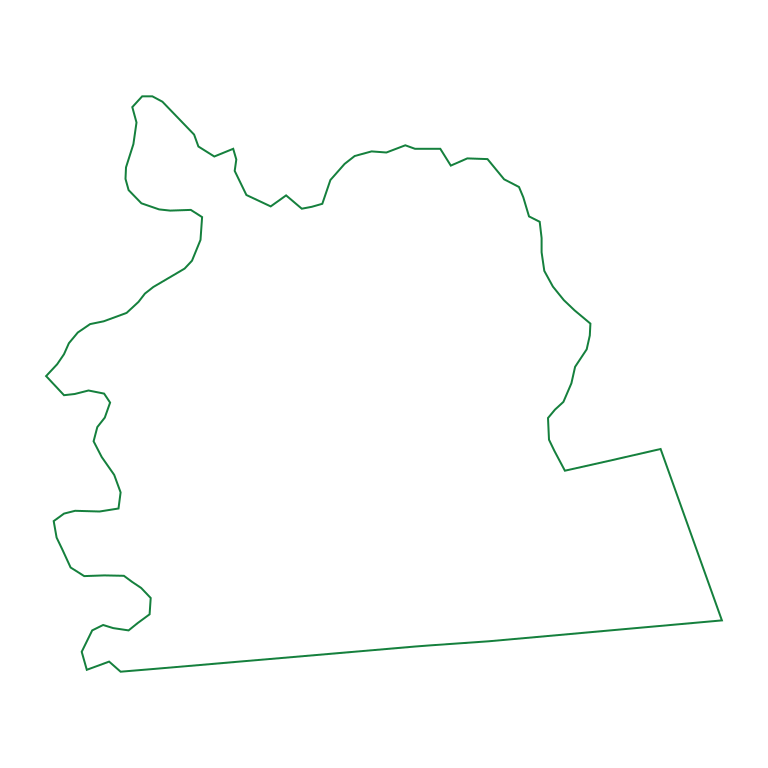 Santarém Novo, Pará, Brazil (Robinson projection)
{"feature_id": "56859067B39326540925346", "entity_name": "Santarém Novo", "entity_type": "district", "adm_level": 2, "iso_a3": "BRA", "parent_name": "Brazil", "parent_adm1": "Pará", "projection": "robinson", "projection_center": [-47.361, -0.902], "detail": "fine", "context": "isolated", "style": "outline", "palette": "green", "viewbox_px": 768, "rotation_deg": 0, "n_neighbors": 0, "source": "geoboundaries", "source_scale": "gbopen_adm2", "svg_char_len": 1495}
<svg xmlns="http://www.w3.org/2000/svg" viewBox="0 0 768 768"><path d="M120.6,671.7L154.4,668.9L415.4,646.5L431.2,645.3L488.5,641.3L721.9,620.4L660.6,449.0L612.6,460.0L564.9,470.7L554.4,450.9L549.0,439.7L548.0,418.0L555.0,409.6L563.4,401.9L571.4,383.3L575.1,366.8L586.7,349.3L589.8,335.5L590.4,323.6L574.5,310.3L563.8,300.1L552.9,286.6L544.3,270.9L541.6,252.3L541.6,238.1L539.7,221.8L529.0,216.4L523.3,197.3L519.0,187.0L504.1,179.3L487.5,159.1L467.3,158.4L450.8,165.6L440.3,148.8L415.0,148.8L405.3,145.3L386.4,152.5L371.6,151.4L354.7,156.0L344.6,163.9L330.4,180.0L322.3,203.8L311.8,206.8L301.8,208.7L286.1,195.4L270.7,206.4L246.4,195.0L234.7,170.9L236.3,159.5L233.2,148.8L214.3,156.5L198.4,146.5L194.1,134.6L162.4,101.7L152.3,96.3L142.2,96.3L132.3,107.1L136.5,122.5L133.4,144.1L126.0,167.4L125.5,178.9L128.6,190.1L141.4,203.3L159.1,209.4L170.2,210.6L190.8,209.9L202.1,217.1L200.5,239.9L192.0,260.7L184.6,268.6L153.3,287.0L144.9,293.6L138.5,301.9L126.6,312.9L103.7,321.3L90.1,324.1L77.8,332.5L68.9,343.2L64.0,354.2L57.2,364.2L46.1,376.1L64.0,395.2L74.7,394.0L88.5,390.5L104.1,393.6L110.1,402.6L104.8,417.6L97.3,427.1L93.6,441.3L101.7,457.0L114.2,474.9L120.6,492.4L118.5,508.5L99.6,511.5L75.1,510.8L64.0,513.6L53.7,521.1L56.6,537.6L62.1,549.0L70.6,567.5L84.2,576.1L104.3,575.4L123.9,575.8L132.1,581.9L141.2,588.0L150.7,598.0L149.6,614.3L137.5,623.2L128.6,630.4L113.2,628.1L103.1,625.0L92.2,630.4L81.7,651.8L86.8,669.8L109.1,661.6L120.6,671.7Z" fill="none" stroke="#15803d" stroke-width="2"/></svg>